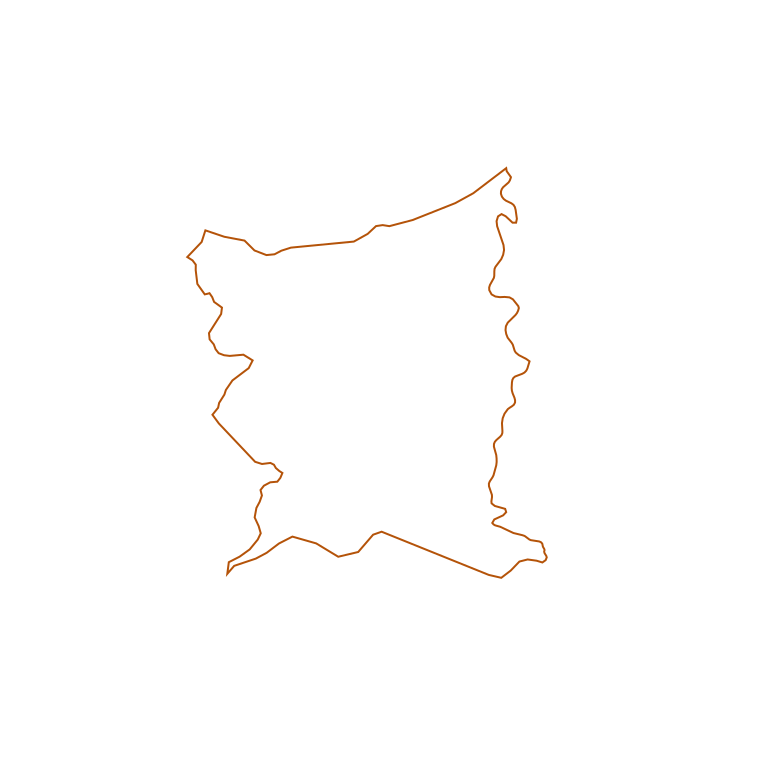 the Region of Gorgol, rotated 217°
{"feature_id": "MRT-2791", "entity_name": "Gorgol", "entity_type": "Region", "adm_level": 1, "iso_a3": "MRT", "parent_name": "Mauritania", "parent_adm1": "", "projection": "orthographic", "projection_center": [-12.986, 15.995], "detail": "fine", "context": "isolated", "style": "outline", "palette": "amber", "viewbox_px": 768, "rotation_deg": 217, "n_neighbors": 0, "source": "natural_earth", "source_scale": "10m", "svg_char_len": 2806}
<svg xmlns="http://www.w3.org/2000/svg" viewBox="0 0 768 768"><g transform="rotate(217 384 384)"><path d="M163.6,352.1L161.7,351.8L161.1,351.4L159.3,349.8L158.5,349.4L156.8,348.7L156.2,348.3L155.8,347.9L155.4,346.9L155.1,346.4L153.9,345.5L151.0,344.4L149.7,343.5L148.9,340.6L150.1,336.8L155.8,334.7L163.7,330.3L169.0,323.7L170.5,311.3L173.7,299.8L185.4,294.6L297.0,264.6L302.0,257.1L303.5,234.3L316.6,218.5L342.2,215.9L365.3,207.0L371.9,193.4L376.1,178.6L381.3,167.4L394.2,148.6L394.9,138.1L400.7,148.3L395.4,159.2L391.7,171.1L391.2,183.8L392.6,190.6L398.6,195.1L407.0,199.6L411.3,208.2L412.4,215.1L414.4,221.5L418.8,225.0L418.7,230.5L415.7,237.0L410.4,241.8L410.3,246.7L411.6,251.8L415.2,251.5L419.8,251.8L423.3,253.3L427.2,252.6L433.3,246.7L440.1,244.3L492.2,253.1L502.5,256.2L502.2,265.2L504.3,269.7L505.1,279.5L506.7,284.1L507.2,295.6L501.6,315.3L503.1,323.8L513.9,322.8L524.1,313.6L529.1,310.7L534.6,309.1L539.4,310.4L543.8,313.2L550.1,314.7L554.4,319.3L556.2,341.9L559.4,347.5L569.1,347.3L573.5,350.0L578.0,351.5L579.3,349.8L581.1,347.7L593.3,351.6L602.9,361.6L606.1,366.0L611.3,367.5L617.5,367.0L615.1,387.7L619.1,399.2L600.1,405.5L581.7,414.6L567.8,412.7L555.5,416.2L549.5,421.7L546.2,428.7L540.4,436.9L493.8,479.6L487.4,494.0L485.4,505.3L480.7,510.1L474.7,513.3L459.8,532.2L435.9,571.4L427.5,590.1L416.3,629.9L414.1,627.8L407.1,625.6L406.8,624.8L406.0,622.3L405.8,620.0L407.3,612.8L407.2,610.5L406.5,608.3L405.1,606.3L402.6,604.6L399.8,603.8L396.9,603.8L391.0,605.0L388.4,605.0L386.0,604.1L383.6,602.2L377.3,595.9L375.6,592.3L378.4,590.2L387.8,591.2L392.4,590.4L393.8,586.5L392.1,581.8L388.6,578.1L372.2,566.9L368.8,563.3L366.6,558.9L365.5,554.3L365.5,544.7L365.0,542.5L363.7,540.4L361.0,536.7L360.1,534.8L359.0,526.9L358.1,524.4L356.4,522.3L352.0,520.3L347.7,520.9L343.7,523.1L340.1,526.1L335.9,528.7L332.0,529.2L323.6,527.0L322.0,525.8L321.0,523.2L320.5,520.7L320.5,518.3L322.1,507.5L321.4,503.5L319.4,500.2L316.5,497.5L313.1,495.4L306.8,493.7L304.8,492.9L299.7,489.2L297.7,488.4L293.7,488.2L285.5,489.6L281.4,489.7L278.8,482.6L278.4,480.2L278.7,477.7L279.7,475.4L283.8,468.9L284.3,466.8L284.0,464.7L282.8,462.3L279.7,457.7L277.9,455.7L275.7,454.0L271.5,451.5L269.6,450.0L268.2,448.1L267.8,445.6L268.4,443.2L269.3,440.8L270.0,438.4L269.9,432.9L268.6,428.1L266.2,423.7L261.2,417.8L260.0,416.1L259.4,414.2L259.5,411.9L260.5,407.1L260.7,404.6L260.1,402.3L258.5,400.1L251.6,394.8L249.2,392.2L247.1,389.5L245.4,386.6L241.6,377.0L241.2,374.8L240.9,369.8L240.3,367.6L238.6,365.5L231.1,360.4L229.7,358.7L227.6,354.9L226.2,353.4L222.1,353.3L212.1,357.2L209.3,355.2L209.8,350.8L214.4,342.2L213.9,338.2L212.1,337.8L210.6,337.9L209.1,338.4L205.3,339.9L190.9,342.9L182.6,346.5L180.5,347.2L179.6,347.3L174.4,347.3L172.9,347.6L165.4,351.6L163.6,352.1Z" fill="none" stroke="#b45309" stroke-width="2"/></g></svg>